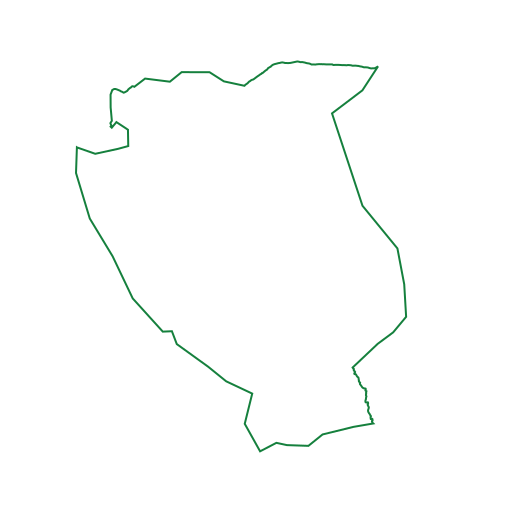 Altanbulag, Töv, Mongolia, rotated 258°
{"feature_id": "93677404B27653771578089", "entity_name": "Altanbulag", "entity_type": "district", "adm_level": 2, "iso_a3": "MNG", "parent_name": "Mongolia", "parent_adm1": "Töv", "projection": "natural_earth1", "projection_center": [106.111, 47.461], "detail": "fine", "context": "isolated", "style": "outline", "palette": "green", "viewbox_px": 512, "rotation_deg": 258, "n_neighbors": 0, "source": "geoboundaries", "source_scale": "gbopen_adm2", "svg_char_len": 4557}
<svg xmlns="http://www.w3.org/2000/svg" viewBox="0 0 512 512"><g transform="rotate(258 256 256)"><path d="M399.5,103.4L374.6,97.2L327.2,101.2L285.5,115.7L240.1,126.6L201.4,149.1L199.9,158.1L186.3,160.2L157.5,186.3L139.6,200.8L122.2,223.7L94.2,210.1L64.1,219.4L69.0,237.1L64.6,246.9L59.4,267.8L67.6,284.0L68.6,315.8L67.8,335.9L68.4,335.5L68.8,335.2L69.1,335.2L69.3,335.1L69.6,335.1L69.9,335.0L70.2,335.1L70.5,335.2L70.6,335.6L70.8,335.8L71.0,335.8L72.2,336.0L72.4,335.9L72.6,335.7L72.5,335.3L72.5,334.9L72.6,334.7L72.7,334.4L73.0,334.4L73.4,334.4L73.7,334.4L74.0,334.5L74.4,334.5L74.7,334.6L74.9,334.9L75.1,335.0L75.5,335.1L75.8,335.0L76.0,334.8L76.3,334.8L76.5,334.7L76.8,334.6L77.0,334.5L77.2,334.4L77.6,334.4L77.9,334.3L78.1,334.2L78.6,333.9L79.6,333.6L80.3,333.4L81.2,333.4L82.0,333.6L82.5,333.9L83.0,334.2L83.7,334.6L84.2,334.7L84.6,334.9L85.0,334.8L85.4,334.7L85.8,334.6L86.1,334.5L86.5,334.4L87.0,334.3L87.3,334.3L87.6,334.4L87.7,334.6L87.9,334.8L88.1,334.9L88.5,335.0L88.8,335.0L89.2,335.1L89.6,335.0L89.7,334.7L89.7,333.8L89.8,333.4L90.0,333.0L90.3,332.8L90.6,332.7L90.9,332.8L91.4,332.9L91.8,333.0L92.3,333.3L92.7,333.5L93.2,333.8L93.7,333.9L94.2,334.1L94.8,334.3L95.1,334.5L95.6,334.8L96.1,334.8L96.5,334.6L96.9,334.6L97.4,334.7L97.7,334.8L98.2,335.1L98.8,335.2L99.1,335.1L99.5,335.3L100.0,335.6L100.5,335.8L100.8,335.9L101.1,335.5L101.4,335.2L101.9,335.1L102.3,335.4L102.7,335.6L103.2,335.7L103.5,335.6L103.7,335.2L103.9,334.7L104.0,334.3L104.2,333.9L104.7,333.3L105.2,332.8L106.0,332.4L107.1,332.0L107.9,331.6L108.5,331.4L108.9,331.1L109.3,331.1L109.7,331.1L110.1,331.3L110.4,331.5L110.7,331.4L111.2,331.0L111.6,330.7L111.8,330.6L112.1,330.6L112.6,330.8L113.0,330.7L113.5,330.8L114.2,330.8L114.9,330.9L115.4,330.9L115.9,330.8L116.3,330.5L116.7,330.1L117.1,329.9L117.6,329.7L118.1,329.5L118.7,329.4L119.2,329.2L119.6,329.0L119.8,328.7L119.8,328.3L120.0,328.0L120.1,327.8L120.3,327.7L120.5,327.7L120.8,327.8L121.0,327.9L121.1,328.1L121.3,328.4L121.6,328.6L121.9,328.8L122.1,328.7L122.4,328.7L122.8,328.5L123.1,328.3L123.3,328.1L123.6,327.9L123.8,327.9L124.2,327.9L124.5,328.0L124.8,328.2L125.1,328.2L125.3,328.2L125.6,328.0L125.8,327.7L126.1,327.6L126.5,327.4L126.8,327.3L133.5,338.3L144.8,356.8L152.8,374.3L165.3,390.2L197.5,395.1L234.0,395.9L283.0,370.6L307.6,367.9L379.7,360.0L395.9,394.5L416.1,414.8L415.2,412.2L415.1,411.7L415.0,411.1L415.1,410.2L415.3,409.4L415.4,408.6L415.5,407.8L415.8,407.0L416.3,406.0L417.1,404.7L417.5,403.5L417.8,402.5L417.9,401.7L418.1,401.0L418.3,400.4L418.7,399.8L419.3,398.7L419.7,397.6L420.1,396.7L420.6,395.8L420.8,395.0L421.1,394.2L421.3,393.5L421.6,392.6L421.8,391.4L422.0,390.2L422.3,389.5L422.8,388.6L423.1,387.6L423.5,386.4L423.7,385.5L423.7,384.7L423.8,383.9L424.2,382.8L424.3,382.3L424.5,381.5L424.6,380.9L424.9,379.6L425.4,377.9L425.9,376.0L426.1,375.1L426.4,373.7L426.6,372.3L426.7,371.7L426.8,371.3L427.3,370.7L427.6,370.3L427.7,369.6L427.9,368.7L428.3,367.0L428.6,365.4L428.9,364.2L429.2,363.3L429.6,361.7L429.8,360.6L430.1,359.8L430.2,359.0L430.4,358.3L430.6,357.5L430.7,356.5L430.8,355.8L430.9,355.0L430.9,354.1L431.0,353.5L431.2,352.9L431.4,352.1L431.6,351.0L431.7,350.3L432.1,349.7L432.5,349.2L433.1,348.3L433.4,347.6L433.9,346.2L434.3,345.3L435.0,344.1L435.6,342.7L435.9,342.0L436.1,341.5L436.2,340.8L436.4,339.7L437.2,338.2L437.5,337.4L437.7,336.8L437.7,335.5L437.7,334.2L437.7,333.3L437.7,331.5L437.7,330.5L437.7,329.7L437.8,329.1L437.9,328.4L438.0,327.5L438.5,325.7L438.8,324.4L439.3,323.5L439.9,322.0L440.0,320.7L439.9,319.3L440.0,318.1L439.9,316.5L439.8,313.9L439.5,312.2L439.3,311.7L438.7,310.5L438.1,309.7L437.9,308.8L437.4,307.4L437.2,306.8L436.1,305.7L435.7,304.6L435.3,303.6L434.1,301.4L433.6,300.5L433.6,299.7L433.1,299.2L432.8,298.0L432.0,296.3L431.5,295.0L431.1,294.1L429.5,290.7L429.2,289.8L429.2,288.9L428.9,287.7L428.3,286.6L428.1,285.7L427.4,284.6L426.8,283.8L426.2,282.5L425.7,281.2L424.9,280.1L433.5,260.9L445.4,248.8L451.3,221.5L444.4,208.0L452.6,184.4L446.8,172.2L447.2,171.7L447.7,170.6L447.7,170.0L447.3,169.3L446.8,168.6L446.6,167.8L446.1,166.8L445.5,165.7L444.8,165.0L444.3,164.4L443.6,162.3L443.3,161.0L443.3,160.4L443.9,159.8L444.6,159.0L445.2,158.0L446.0,157.3L447.9,154.5L448.6,153.2L448.8,152.1L448.7,151.3L448.2,150.1L448.2,149.9L444.1,147.3L431.5,144.7L424.0,143.8L418.2,143.1L417.4,142.3L416.2,141.2L415.4,141.3L414.9,141.4L414.5,141.5L413.7,141.7L412.8,140.7L412.5,140.9L411.5,141.6L413.1,143.6L415.8,147.1L416.0,147.3L407.9,155.3L406.1,157.0L390.1,153.9L389.5,143.3L389.4,120.0L399.4,103.5L399.5,103.4Z" fill="none" stroke="#15803d" stroke-width="2"/></g></svg>